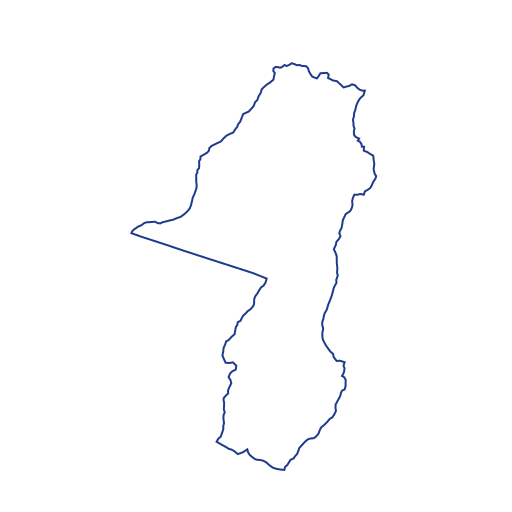 the district of Santo Antônio do Descoberto, Goiás, Brazil, rotated 198°
{"feature_id": "56859067B79602459019082", "entity_name": "Santo Antônio do Descoberto", "entity_type": "district", "adm_level": 2, "iso_a3": "BRA", "parent_name": "Brazil", "parent_adm1": "Goiás", "projection": "albers", "projection_center": [-48.284, -16.072], "detail": "fine", "context": "isolated", "style": "outline", "palette": "blue", "viewbox_px": 512, "rotation_deg": 198, "n_neighbors": 0, "source": "geoboundaries", "source_scale": "gbopen_adm2", "svg_char_len": 4154}
<svg xmlns="http://www.w3.org/2000/svg" viewBox="0 0 512 512"><g transform="rotate(198 256 256)"><path d="M163.0,61.3L163.1,64.6L161.7,66.7L160.2,72.9L157.8,74.9L156.9,77.8L155.7,80.5L155.5,84.5L155.5,86.8L152.1,94.3L150.1,97.6L147.9,99.2L144.7,100.6L143.3,102.5L141.7,106.2L141.5,110.4L141.0,113.3L139.3,115.8L138.0,118.2L136.9,120.4L135.6,123.7L133.5,126.3L132.6,129.6L132.1,133.4L133.4,136.0L134.4,139.3L133.1,146.2L132.6,149.0L132.9,152.0L132.5,154.6L130.6,156.3L130.5,159.4L132.4,165.8L134.5,167.9L137.1,168.5L136.6,170.9L136.5,173.3L137.1,176.5L138.9,178.8L138.9,182.4L143.9,182.3L146.9,181.1L150.9,183.9L152.4,186.7L156.0,188.2L158.9,190.4L161.8,192.5L163.9,194.5L166.1,196.6L167.5,198.8L169.1,203.1L169.6,207.6L171.7,210.8L172.6,213.9L172.5,217.1L172.9,219.6L173.0,222.9L172.1,226.8L172.3,232.1L171.9,237.2L171.7,241.7L171.8,244.4L172.0,247.0L172.2,249.9L171.2,255.4L172.3,258.1L172.2,262.7L173.7,265.0L175.0,269.9L176.7,273.6L177.9,276.9L179.2,280.8L181.2,283.4L184.1,286.6L183.5,290.9L183.9,294.5L182.5,297.5L181.8,301.0L183.8,303.4L183.9,305.8L183.3,308.9L183.6,311.7L184.5,317.2L184.1,319.6L183.6,323.8L181.4,326.3L180.1,328.4L179.7,331.7L180.0,334.5L181.5,337.8L181.8,341.0L181.5,344.6L178.3,345.7L176.0,347.2L172.4,347.6L172.4,351.1L170.2,353.5L168.5,355.8L167.8,358.5L167.4,362.9L166.3,366.6L166.4,369.1L168.7,371.1L171.0,374.9L171.4,377.5L172.0,380.3L173.3,382.7L175.5,387.6L179.7,388.5L182.0,389.2L186.1,389.5L187.0,393.3L189.1,392.7L190.3,395.1L192.6,396.8L194.8,397.1L194.2,399.5L197.9,400.0L200.2,401.5L201.5,405.0L201.7,407.8L203.3,409.6L204.5,412.8L205.9,415.6L206.0,419.1L206.8,421.8L206.7,425.5L206.9,427.9L207.1,430.5L206.8,433.5L206.2,436.6L205.4,438.8L203.5,442.0L203.6,446.9L206.3,446.1L208.7,446.2L211.3,447.1L214.6,449.0L217.8,448.9L219.9,446.5L222.2,445.2L224.8,443.4L228.1,445.0L231.3,446.4L233.2,447.3L236.9,446.7L239.7,447.2L242.4,447.5L243.0,451.1L245.1,452.1L251.2,449.7L252.0,446.5L253.0,443.7L257.8,443.9L260.7,446.1L263.0,448.3L264.4,450.6L267.0,452.0L271.1,451.0L273.6,451.1L276.1,450.1L279.0,450.4L281.5,450.4L283.3,448.2L285.6,446.1L287.9,446.5L289.4,444.1L291.0,442.6L293.2,442.4L295.8,441.9L297.3,439.7L296.7,437.3L294.6,435.8L294.4,432.3L293.9,429.1L296.1,425.6L298.7,422.4L301.0,418.5L302.1,416.2L301.9,412.8L302.9,408.6L302.9,405.0L304.4,401.8L304.6,397.7L305.6,395.4L306.6,393.2L307.6,391.1L309.6,389.3L312.1,387.0L312.3,382.4L312.6,378.6L313.7,376.0L313.8,372.9L314.6,370.9L315.9,366.2L318.1,364.5L321.3,361.3L323.4,357.5L324.6,354.4L326.6,352.4L329.7,349.5L332.3,346.9L333.7,344.3L333.4,341.6L334.3,339.3L336.9,336.3L339.5,333.5L338.8,330.8L339.4,328.5L338.2,325.3L337.3,321.9L338.3,319.6L337.6,317.2L338.0,314.8L337.2,312.5L336.0,308.7L334.4,305.2L333.6,302.3L333.7,295.6L334.2,291.9L333.8,288.3L333.5,283.9L333.7,280.7L335.2,277.0L337.2,273.5L339.9,269.8L342.6,267.9L345.9,265.0L349.1,263.1L352.7,260.8L355.4,259.2L356.9,257.5L359.7,256.9L362.5,257.4L365.3,256.3L368.2,255.1L370.9,254.0L372.7,252.5L374.5,249.8L377.2,247.6L378.6,245.6L380.0,243.9L381.3,241.6L381.5,239.2L370.5,238.9L364.1,238.9L352.8,238.9L341.3,238.9L338.8,238.8L336.3,238.8L326.4,238.7L302.0,238.7L253.0,238.8L238.9,237.8L238.7,233.7L239.7,230.0L241.5,227.7L242.5,224.0L243.2,220.5L244.3,217.4L244.4,214.5L243.7,212.0L243.0,209.8L243.2,207.4L244.8,203.6L246.6,201.4L248.1,198.2L249.7,195.4L250.4,192.2L250.7,189.6L252.9,187.4L252.5,184.4L253.2,182.3L252.9,179.9L252.2,175.0L253.8,172.4L255.0,169.9L256.1,167.5L258.0,165.6L258.0,162.3L258.4,158.5L257.6,154.8L257.2,151.0L254.5,147.9L251.9,145.1L248.6,145.9L245.0,147.7L240.8,145.5L240.2,141.7L242.9,139.0L244.3,136.4L244.6,132.3L242.0,130.2L240.2,127.4L240.6,124.6L240.9,122.1L241.0,119.2L240.0,116.8L241.6,113.8L242.8,111.0L242.3,108.8L241.1,106.9L240.3,104.4L239.2,100.2L237.4,97.6L237.7,94.7L237.1,92.4L236.3,90.2L234.8,87.4L234.5,83.7L233.6,81.4L233.6,78.1L233.8,73.1L235.4,70.5L236.1,67.2L231.1,66.1L224.9,64.9L222.4,64.2L219.5,64.3L216.7,63.8L212.1,62.0L208.0,65.1L204.5,69.4L203.0,67.0L200.8,65.1L198.3,63.9L194.1,62.5L191.6,62.6L189.1,63.3L185.7,63.5L182.4,62.9L178.9,61.3L174.7,59.9L170.5,59.9L166.6,60.5L163.0,61.3Z" fill="none" stroke="#1e3a8a" stroke-width="2"/></g></svg>